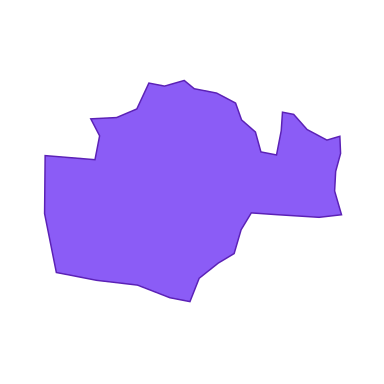 an SVG outline of Uroševac, rotated 191°
{"feature_id": "KOS-5913", "entity_name": "Uroševac", "entity_type": "District", "adm_level": 1, "iso_a3": "XKX", "parent_name": "Kosovo", "parent_adm1": "", "projection": "mercator", "projection_center": [21.096, 42.361], "detail": "fine", "context": "isolated", "style": "filled", "palette": "violet", "viewbox_px": 384, "rotation_deg": 191, "n_neighbors": 0, "source": "natural_earth", "source_scale": "10m", "svg_char_len": 638}
<svg xmlns="http://www.w3.org/2000/svg" viewBox="0 0 384 384"><g transform="rotate(191 192 192)"><path d="M186.7,293.8L166.2,287.6L157.1,272.2L141.2,263.0L132.0,244.5L116.1,244.5L116.1,269.2L118.4,287.6L107.0,287.6L91.0,275.3L69.5,268.7L57.5,274.9L53.5,258.2L54.9,239.6L52.2,220.2L40.9,198.2L62.4,191.4L104.7,185.9L129.8,182.8L136.6,164.3L138.9,139.6L152.6,127.3L168.5,108.7L173.1,84.0L193.6,84.0L227.8,90.2L268.8,87.1L309.8,87.1L332.6,142.7L343.1,199.7L293.4,205.2L293.4,229.5L305.3,244.5L280.2,250.7L262.0,263.0L255.1,290.7L239.2,290.7L220.9,300.0L209.5,293.8L186.7,293.8Z" fill="#8b5cf6" stroke="#5b21b6" stroke-width="1.5"/></g></svg>